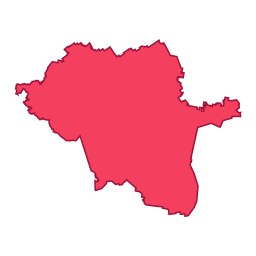 Northern Midlands, Tasmania, Australia
{"feature_id": "25037944B94548184912338", "entity_name": "Northern Midlands", "entity_type": "district", "adm_level": 2, "iso_a3": "AUS", "parent_name": "Australia", "parent_adm1": "Tasmania", "projection": "albers", "projection_center": [147.154, -41.88], "detail": "fine", "context": "isolated", "style": "filled", "palette": "rose", "viewbox_px": 256, "rotation_deg": 0, "n_neighbors": 0, "source": "geoboundaries", "source_scale": "gbopen_adm2", "svg_char_len": 5605}
<svg xmlns="http://www.w3.org/2000/svg" viewBox="0 0 256 256"><path d="M159.6,39.8L148.2,47.5L147.0,45.8L145.4,46.9L141.8,46.1L139.5,47.7L139.7,48.0L139.5,49.0L136.3,51.1L135.0,49.3L133.0,50.7L131.7,49.2L131.3,48.4L130.0,49.2L129.8,48.9L128.9,49.5L128.7,49.2L123.4,52.9L124.0,53.8L119.8,56.7L118.9,55.3L116.8,56.7L113.5,52.3L110.0,47.0L104.4,50.8L102.8,48.8L100.0,50.8L98.8,49.1L96.2,50.9L95.0,49.7L93.9,50.5L92.0,47.9L91.0,48.7L90.6,47.6L91.8,46.7L91.3,45.9L90.9,46.1L90.4,44.2L89.9,43.9L89.9,43.4L89.6,42.9L87.1,45.4L85.6,46.5L84.9,45.5L84.0,46.1L82.5,44.3L81.7,44.8L81.3,44.1L81.3,43.3L80.9,42.8L78.4,44.5L77.3,43.2L75.5,44.6L74.3,43.0L69.9,46.2L69.6,45.9L68.5,47.2L67.6,46.5L64.3,49.5L64.8,50.1L65.9,50.8L67.0,52.5L68.6,52.6L67.7,54.0L68.2,53.5L68.0,53.9L67.0,54.5L67.0,55.2L62.1,58.7L63.7,61.0L62.3,62.0L61.5,60.8L58.3,60.2L57.9,62.7L52.5,61.7L51.3,62.9L47.8,67.5L47.5,69.4L47.0,69.8L46.9,70.3L46.4,71.3L45.2,73.0L45.1,73.6L45.6,74.5L45.1,75.1L45.5,75.8L46.0,75.8L46.1,76.2L45.7,76.8L45.7,77.1L45.4,77.0L44.1,78.1L44.5,78.6L44.2,79.7L44.0,79.8L44.0,80.4L43.6,80.6L43.5,81.0L42.8,81.0L42.6,82.1L42.3,81.9L41.9,82.4L41.2,82.0L41.2,83.6L41.0,84.2L40.3,84.3L40.0,83.3L39.6,83.3L39.6,83.0L39.2,82.5L38.7,81.0L38.4,80.8L38.2,81.1L37.5,80.7L36.7,80.8L36.7,80.6L36.1,80.8L36.0,80.6L34.9,81.2L33.3,81.2L32.2,82.0L32.0,81.8L29.3,84.8L28.8,84.3L27.7,84.0L27.3,84.6L26.4,84.5L25.6,84.0L25.0,84.2L24.6,83.7L23.8,84.1L23.4,83.9L22.1,84.2L21.9,84.5L21.5,84.3L20.1,84.9L19.2,84.5L18.5,84.6L18.0,83.9L17.3,84.5L16.7,84.4L16.5,85.1L16.3,85.1L15.9,87.4L16.2,87.7L15.7,88.4L16.9,91.2L16.5,91.8L15.9,93.8L15.4,94.2L16.3,93.7L17.4,94.4L17.3,94.2L17.8,94.0L18.7,93.1L19.6,92.8L20.4,93.1L21.1,92.8L21.2,92.5L20.9,92.4L21.1,92.3L21.0,92.0L22.6,90.0L23.1,88.4L24.1,88.8L24.0,89.0L24.4,89.1L25.6,91.1L26.4,91.6L26.4,92.3L27.2,92.2L28.2,93.1L28.0,94.8L27.2,95.7L27.0,97.5L26.7,97.6L26.3,97.3L26.1,97.5L26.5,97.9L26.4,98.4L27.3,99.0L27.7,99.0L27.9,99.5L28.1,99.4L28.3,99.7L28.7,99.7L28.5,100.1L27.9,100.0L27.4,100.3L27.1,99.8L25.9,100.4L25.7,100.6L25.8,100.9L25.3,101.3L25.2,101.8L24.5,102.2L23.3,101.4L23.9,102.5L23.7,102.8L24.3,103.0L24.9,104.3L25.4,104.5L26.0,105.5L26.7,105.6L27.4,106.3L28.1,106.3L28.2,107.3L28.9,107.7L30.6,106.9L31.3,107.7L31.4,108.2L31.7,108.3L31.7,108.6L31.0,108.6L30.6,109.5L29.3,109.0L28.4,109.5L28.2,110.0L28.0,110.5L28.6,110.8L29.1,111.7L29.2,112.2L29.4,112.3L29.3,112.9L30.5,113.7L31.6,113.6L31.9,114.0L32.1,113.4L33.6,113.5L34.0,113.9L34.5,113.5L34.4,114.1L34.7,114.4L34.7,114.8L35.6,115.2L36.1,116.0L37.2,116.2L37.8,117.6L38.2,118.1L38.8,118.2L39.6,119.6L40.5,119.5L41.5,118.7L41.9,118.7L42.3,119.2L42.5,119.0L42.2,118.6L42.7,118.1L43.6,119.1L44.5,119.2L45.5,119.8L48.2,120.0L49.1,119.7L49.3,120.0L49.0,121.2L49.2,123.7L50.0,125.3L50.1,126.3L51.4,127.6L51.7,129.1L53.5,129.4L53.2,131.8L55.2,132.1L55.1,132.6L57.8,133.0L60.6,136.2L66.6,140.8L68.5,140.5L70.1,140.9L71.6,140.2L76.1,140.7L80.0,135.7L91.2,170.8L94.1,172.0L95.9,174.5L95.0,175.1L95.9,176.4L95.3,176.7L96.2,178.2L97.0,177.7L98.7,180.1L98.0,180.6L98.5,181.3L97.6,180.7L97.7,181.5L97.1,181.1L96.1,181.6L95.0,180.7L95.2,189.9L95.5,190.3L96.3,190.1L96.8,190.3L98.1,189.4L99.3,189.4L101.9,188.3L102.7,187.3L104.2,186.0L104.7,185.1L105.0,185.1L106.2,183.8L106.7,182.7L106.4,181.9L106.6,181.7L107.7,181.2L108.6,181.4L111.6,181.0L115.3,184.2L115.8,184.2L116.0,184.5L116.9,183.9L118.5,184.0L119.1,184.2L119.1,184.9L119.6,185.0L122.4,184.5L122.5,183.7L122.9,183.2L125.9,180.9L126.4,179.8L136.2,188.1L135.7,188.8L135.3,190.9L139.4,191.7L142.2,193.9L141.7,197.0L144.5,197.5L144.3,198.7L143.8,198.7L143.7,199.4L142.8,199.6L142.8,200.2L143.1,200.9L144.1,201.0L143.9,201.4L144.3,202.3L144.2,203.0L144.7,203.2L144.8,203.7L145.7,204.4L145.7,204.7L153.7,205.9L162.7,206.9L162.5,208.2L167.6,209.1L168.5,209.7L169.0,214.3L175.8,213.5L175.8,212.7L180.1,212.0L180.4,214.2L184.8,214.0L185.0,216.2L188.2,215.7L194.1,207.5L196.7,201.4L198.0,186.0L194.3,174.0L190.1,165.0L190.6,162.0L191.2,162.1L191.7,160.0L190.8,159.7L191.4,156.8L191.2,156.8L197.7,127.4L211.3,123.3L218.9,126.8L220.2,127.1L223.2,120.5L231.8,118.2L232.1,116.4L240.6,116.5L240.3,114.3L240.3,113.2L240.6,112.5L239.3,112.8L238.6,112.5L237.1,110.8L236.2,110.4L236.5,109.7L239.3,107.8L238.8,105.0L239.2,104.7L239.3,103.4L236.6,99.9L230.2,100.8L228.2,100.1L228.6,97.9L225.1,97.3L224.6,100.4L223.3,100.1L223.1,101.3L223.5,101.4L223.2,102.8L224.0,102.9L223.5,105.7L222.3,105.5L220.9,106.1L221.2,104.5L220.8,104.2L220.8,103.3L220.4,103.2L220.3,103.5L217.2,102.8L217.0,104.0L215.8,103.7L215.5,104.9L212.6,104.3L212.1,106.6L211.0,106.4L211.1,106.0L210.1,105.8L210.2,105.5L207.2,105.0L207.4,104.1L206.1,103.9L206.4,102.5L203.9,102.1L203.5,104.6L205.4,104.9L205.0,106.9L204.3,106.7L204.4,105.8L203.5,105.7L203.0,109.0L204.1,109.2L203.7,111.3L201.4,110.9L202.0,107.8L199.5,107.3L199.1,109.6L197.0,109.2L197.3,107.3L188.4,105.6L188.5,105.1L187.1,104.8L188.3,103.9L185.2,100.0L183.3,101.3L183.0,100.9L181.4,102.0L178.2,97.6L180.8,96.2L180.5,95.7L182.2,94.7L181.7,94.0L183.2,92.8L183.1,92.5L182.3,92.7L181.1,92.1L179.8,90.2L182.2,88.6L182.2,87.9L181.3,86.1L180.4,85.4L180.5,84.5L180.9,83.8L180.7,82.8L179.5,82.4L179.4,82.1L179.1,82.4L178.3,81.9L178.4,81.7L178.2,81.6L177.8,80.9L177.9,80.7L177.6,80.5L177.7,79.6L177.4,79.7L177.5,79.3L177.3,79.2L177.8,78.9L177.5,78.5L177.8,78.2L177.8,77.9L178.2,77.8L178.0,77.7L178.4,77.1L178.0,77.0L178.5,76.6L180.9,76.9L180.8,77.4L183.2,77.7L184.0,72.8L182.0,72.8L181.9,73.2L181.2,73.1L181.4,71.6L182.0,71.7L182.6,68.3L181.1,68.1L176.8,56.6L170.3,55.3L164.8,44.5L163.6,44.3L163.8,43.0L160.6,43.6L158.7,41.2L159.6,39.8Z" fill="#f43f5e" stroke="#9f1239" stroke-width="1.5"/></svg>